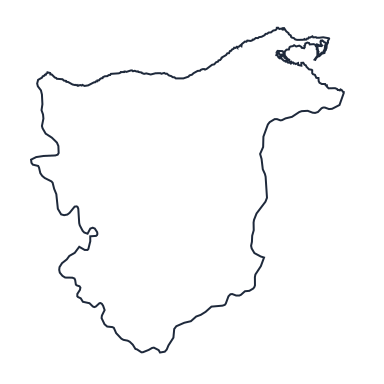 Baní, Peravia, Dominican Republic (Natural Earth projection), rotated 176°
{"feature_id": "3306468B54911085338541", "entity_name": "Baní", "entity_type": "district", "adm_level": 2, "iso_a3": "DOM", "parent_name": "Dominican Republic", "parent_adm1": "Peravia", "projection": "natural_earth1", "projection_center": [-70.434, 18.349], "detail": "fine", "context": "isolated", "style": "outline", "palette": "slate", "viewbox_px": 384, "rotation_deg": 176, "n_neighbors": 0, "source": "geoboundaries", "source_scale": "gbopen_adm2", "svg_char_len": 5898}
<svg xmlns="http://www.w3.org/2000/svg" viewBox="0 0 384 384"><g transform="rotate(176 192 192)"><path d="M33.7,280.2L33.7,281.1L34.2,281.1L35.6,283.3L36.6,283.9L37.1,283.1L37.8,283.1L38.3,283.6L39.5,283.6L40.2,284.7L42.1,285.6L48.5,285.9L50.0,287.6L50.0,289.0L51.2,289.0L51.6,290.4L55.0,290.7L57.2,292.1L57.9,293.8L57.9,296.9L60.0,297.2L61.2,300.3L63.1,301.1L63.8,302.2L63.6,305.1L64.1,305.6L66.7,306.2L69.1,309.0L69.6,310.4L70.8,311.0L72.0,313.2L73.9,313.2L74.1,310.4L77.2,311.3L77.2,313.2L79.6,312.4L80.6,313.2L81.5,313.0L82.0,314.1L83.2,314.1L83.9,315.2L84.4,315.2L83.9,314.4L83.9,313.5L84.4,313.2L85.1,314.1L87.3,314.4L88.2,315.5L89.4,315.5L89.4,316.1L91.3,316.6L93.7,319.2L95.2,319.2L96.4,320.3L97.1,322.3L98.3,322.6L98.0,323.7L95.4,324.0L95.7,325.1L97.6,325.7L96.8,326.8L91.8,326.2L91.1,325.1L91.3,321.7L90.9,321.4L90.4,319.5L89.0,318.6L88.2,317.5L86.1,316.4L85.8,317.2L87.3,318.0L89.9,321.7L89.9,324.0L90.9,324.5L90.9,325.1L89.7,325.1L89.4,325.9L87.8,327.4L85.4,327.4L84.6,329.6L83.7,330.2L81.1,330.5L79.9,331.3L77.9,329.9L74.8,330.5L72.7,329.1L72.5,328.2L70.1,327.6L69.3,328.8L69.8,329.9L68.9,330.7L68.6,332.2L66.5,333.0L64.8,332.4L64.3,331.0L60.3,331.0L58.6,330.2L58.3,328.8L57.4,327.9L57.6,325.7L56.7,325.4L56.7,327.9L57.1,328.2L56.7,329.1L57.1,329.6L56.9,330.5L55.0,329.6L54.8,328.8L52.6,328.5L51.9,329.1L53.1,330.2L53.3,333.3L52.8,334.1L51.6,334.1L51.6,333.6L50.4,333.3L49.7,332.2L48.1,331.6L48.1,330.5L49.0,328.8L49.7,325.1L50.7,323.7L50.9,322.3L52.8,322.0L54.8,320.3L56.2,320.0L56.4,322.0L56.0,323.1L56.4,323.4L56.4,324.3L57.1,324.3L57.4,319.2L60.5,315.5L59.8,315.2L58.8,316.9L57.1,318.3L55.5,318.6L52.8,320.9L50.2,321.4L49.7,323.1L48.5,324.5L48.8,325.7L48.1,325.7L47.8,326.2L47.3,329.3L45.9,331.6L45.9,333.3L44.5,335.3L44.7,335.8L50.4,337.2L54.3,337.0L56.9,337.2L57.6,337.8L60.3,337.8L61.0,338.9L63.6,337.8L64.6,338.1L65.3,337.0L66.5,337.0L67.2,336.1L68.9,336.1L69.1,336.7L70.5,336.1L76.5,336.4L78.4,337.0L79.6,338.4L81.8,339.2L82.5,340.1L82.5,341.2L84.4,342.6L84.6,343.7L86.8,345.7L88.7,349.1L89.4,349.1L88.9,347.7L90.4,347.7L91.3,348.8L93.5,348.5L94.7,349.9L95.9,349.9L95.9,349.1L97.3,347.7L99.7,347.4L102.1,345.7L104.5,345.7L105.9,344.6L107.6,344.6L108.6,343.4L111.7,342.0L114.3,341.8L115.5,340.9L117.6,341.2L119.6,339.8L120.8,339.8L121.0,339.2L122.9,338.6L126.3,339.2L127.2,338.1L128.7,338.4L132.0,336.1L132.5,334.1L133.4,335.0L135.3,333.6L136.8,333.6L136.8,333.0L137.3,333.6L138.5,332.7L139.9,333.0L140.6,331.9L142.3,331.3L143.0,330.2L144.4,329.9L145.4,327.9L147.1,327.9L148.5,326.2L153.1,324.0L153.1,323.4L154.7,321.7L156.4,321.4L156.9,320.3L159.0,319.7L160.9,317.8L163.1,317.5L168.8,313.8L170.5,313.2L171.2,313.8L172.9,313.8L174.8,313.2L175.5,312.4L177.9,312.4L182.2,310.4L183.9,309.0L186.3,308.5L187.5,307.3L192.8,305.9L200.4,306.5L201.4,307.6L203.3,307.9L204.5,309.0L206.9,309.9L208.8,311.8L210.2,311.8L211.4,312.7L214.3,312.1L215.2,312.7L220.0,313.0L225.0,312.1L229.3,313.5L231.5,313.2L233.6,314.1L233.9,314.7L237.2,315.5L237.5,316.1L239.1,316.1L240.6,316.9L242.5,316.6L243.4,317.5L244.6,317.5L249.0,316.4L250.4,316.9L251.1,316.9L251.3,316.4L254.7,316.6L254.9,316.1L256.6,315.5L264.7,315.5L265.5,314.4L267.1,314.4L268.3,313.5L271.0,313.5L272.9,312.7L273.3,311.8L274.5,311.8L276.0,311.0L276.9,309.9L278.6,309.9L278.8,309.0L280.3,309.0L281.0,308.2L282.2,308.2L288.2,305.6L291.8,305.3L293.9,306.5L294.6,305.9L296.1,306.5L298.2,305.9L298.5,306.5L298.9,306.2L300.4,307.0L301.1,306.8L303.7,307.6L308.0,310.4L309.7,310.7L309.9,311.6L312.1,312.1L313.3,313.5L319.0,314.4L319.5,315.2L320.9,315.8L323.6,318.9L325.0,319.2L324.8,319.7L325.2,320.6L327.6,321.4L327.6,320.9L329.1,320.3L329.6,319.2L330.7,319.2L331.2,318.3L332.9,317.8L333.6,316.6L337.7,314.6L338.9,311.0L338.4,308.2L335.6,303.9L334.9,299.7L335.1,290.0L336.4,284.1L335.2,279.7L335.1,275.6L337.1,268.3L336.6,265.9L333.9,260.4L328.0,256.0L323.3,250.7L322.1,247.2L322.3,240.2L323.4,238.6L325.8,238.0L337.5,238.3L345.0,237.7L350.3,235.5L350.1,232.3L348.9,230.4L343.6,228.7L342.9,227.0L342.0,221.4L340.3,218.5L337.9,216.2L331.5,212.4L330.4,211.0L329.3,204.8L327.5,199.3L327.0,184.6L324.1,178.8L321.2,177.8L317.9,178.2L315.6,179.7L310.1,185.6L308.0,185.7L307.1,184.9L306.6,183.1L306.7,168.8L306.3,166.6L303.8,160.9L302.3,159.1L299.1,157.7L296.0,162.6L293.5,163.3L291.5,162.3L289.4,158.5L289.3,156.7L289.8,155.6L290.8,154.9L296.6,154.9L296.9,150.0L299.4,142.3L300.3,141.5L303.1,141.7L308.3,145.2L313.2,139.5L318.8,136.8L321.6,133.5L326.6,130.1L329.4,126.3L329.9,123.6L329.5,120.8L327.1,117.4L324.5,115.5L317.4,114.9L315.3,113.9L314.7,112.3L314.3,107.7L313.3,106.8L310.8,105.8L310.0,104.4L310.6,102.2L313.5,98.3L313.7,96.0L313.1,95.2L310.4,93.7L308.5,90.1L302.0,88.2L298.9,84.7L297.5,84.0L296.0,84.4L292.1,87.5L291.0,87.6L289.7,86.7L288.6,84.7L287.4,80.3L290.5,75.0L291.0,72.5L288.5,66.2L286.0,63.7L280.9,62.8L279.5,62.0L277.5,56.5L272.7,50.6L270.7,49.3L266.6,48.2L264.6,47.0L261.7,43.8L259.4,39.4L257.8,38.8L253.6,35.6L252.1,35.6L246.2,37.5L242.7,39.2L240.9,39.4L236.3,36.6L235.1,34.1L230.3,34.6L228.2,36.6L226.2,40.6L220.7,48.0L219.3,56.6L217.0,59.2L208.8,62.1L202.1,63.2L196.5,67.5L191.9,68.8L186.8,71.5L180.6,76.3L169.5,76.5L167.2,77.1L166.1,78.3L162.9,85.4L160.8,87.3L159.0,87.4L155.1,85.6L152.1,85.4L150.4,86.0L146.1,89.3L141.7,89.4L137.7,91.4L136.5,92.7L135.7,94.5L135.2,102.7L134.5,105.3L128.5,113.2L124.7,121.6L128.0,122.9L134.0,126.7L136.4,131.5L136.8,134.2L135.7,138.1L135.0,144.2L133.1,149.5L132.7,157.2L132.1,159.8L129.1,166.1L119.4,177.2L117.6,181.0L117.5,202.1L118.0,204.9L119.8,209.7L120.3,220.1L121.4,225.2L117.9,231.9L116.9,242.2L111.6,254.1L109.6,256.3L104.5,258.9L102.2,258.8L98.8,257.3L97.2,257.4L93.6,258.9L87.0,260.0L79.4,264.3L76.9,265.0L70.9,264.9L66.1,262.7L63.7,262.3L60.8,263.0L56.9,266.5L55.3,267.1L53.6,267.0L49.6,265.2L46.5,265.2L38.8,268.5L33.7,280.2ZM93.5,320.3L92.1,321.7L93.0,322.8L94.0,322.8L94.5,322.6L94.2,322.0L94.7,321.2L93.5,320.3Z" fill="none" stroke="#1e293b" stroke-width="2"/></g></svg>